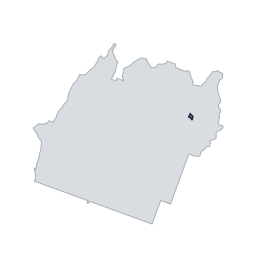 Al Wihda, Southern Darfur, Sudan shown in context, rotated 200°
{"feature_id": "16777658B17164908055521", "entity_name": "Al Wihda", "entity_type": "district", "adm_level": 2, "iso_a3": "SDN", "parent_name": "Sudan", "parent_adm1": "Southern Darfur", "projection": "natural_earth1", "projection_center": [24.982, 12.873], "detail": "fine", "context": "in_parent", "style": "filled", "palette": "slate", "viewbox_px": 256, "rotation_deg": 200, "n_neighbors": 0, "source": "geoboundaries", "source_scale": "gbopen_adm2", "svg_char_len": 4121}
<svg xmlns="http://www.w3.org/2000/svg" viewBox="0 0 256 256"><g transform="rotate(200 128 128)"><path d="M170.1,202.6L168.1,202.6L167.9,202.1L167.9,200.6L168.1,199.4L168.9,197.6L168.7,196.7L168.8,195.2L168.2,193.7L163.4,189.0L162.5,187.8L159.9,186.6L160.3,185.3L159.2,175.9L159.7,174.8L159.8,173.1L159.8,171.7L160.4,169.3L160.5,168.3L155.4,168.2L155.3,169.2L155.5,170.4L155.5,170.9L148.4,170.9L151.3,174.6L151.4,176.2L151.3,178.2L151.3,179.5L151.5,180.4L152.3,182.0L152.2,182.3L152.1,182.7L147.1,187.7L146.2,189.9L145.6,191.1L144.1,193.2L139.5,198.4L138.8,198.8L135.3,199.0L134.9,199.1L134.6,199.3L131.5,196.2L126.4,192.5L123.1,194.4L122.2,195.1L122.1,196.9L121.7,197.8L120.8,198.8L118.3,199.4L117.0,200.0L115.5,201.0L114.0,202.7L113.9,203.5L114.0,204.3L105.5,204.3L104.9,203.7L103.7,200.9L102.8,201.1L95.1,200.7L93.9,201.0L91.7,202.2L90.6,202.3L89.4,201.8L85.4,196.3L84.5,195.7L83.5,194.4L82.7,193.8L82.4,193.4L82.3,192.8L82.3,191.6L82.0,190.8L81.4,190.7L75.9,191.9L75.1,191.8L73.9,192.0L73.5,192.3L73.1,193.0L73.0,194.5L72.9,195.2L72.4,196.1L70.9,197.9L70.5,198.7L70.6,200.8L70.5,201.8L70.3,202.3L69.6,203.1L69.3,203.5L69.0,206.2L68.2,207.7L68.0,208.3L67.9,209.4L67.8,209.8L65.3,210.7L64.4,211.3L63.8,212.2L63.7,212.6L62.6,212.2L61.3,212.0L58.7,211.7L57.6,211.3L57.1,210.7L57.3,209.1L57.0,208.8L56.6,208.5L56.3,207.8L56.4,207.0L57.8,205.1L58.1,204.1L58.4,199.5L58.3,198.1L57.2,195.5L54.7,191.1L54.1,190.2L51.0,186.5L50.7,186.0L49.9,184.4L50.7,181.1L50.8,180.1L50.6,179.1L49.8,178.4L49.1,178.3L48.2,177.4L47.6,177.0L47.1,176.2L46.7,175.1L47.0,171.1L46.8,170.6L46.0,170.4L45.8,170.1L45.8,169.4L45.4,167.1L44.9,165.2L45.2,164.2L44.5,162.7L43.3,162.1L40.8,162.6L40.0,162.5L39.5,162.2L39.1,161.7L38.9,161.1L39.1,160.2L39.8,158.5L40.7,157.1L42.5,155.8L43.0,155.1L43.2,154.4L43.3,153.5L43.2,152.6L43.0,151.8L42.4,150.7L42.0,149.4L41.9,148.5L42.2,147.9L42.7,147.1L44.4,145.7L46.3,144.4L46.6,144.0L46.5,143.5L45.6,142.5L45.4,140.5L44.9,139.1L45.8,138.1L46.5,137.7L47.6,137.4L48.0,137.0L48.1,136.2L48.1,135.4L48.5,134.8L49.0,133.5L49.4,133.0L50.8,131.5L51.1,130.6L51.2,129.6L50.8,126.9L51.6,125.7L52.7,124.8L54.1,124.8L56.4,124.6L58.0,124.2L59.1,124.2L61.6,124.7L61.9,124.5L62.0,123.8L62.0,71.1L72.5,71.1L72.6,46.0L138.1,46.0L138.7,46.0L139.7,43.6L140.1,43.4L140.8,43.6L141.0,44.1L140.5,46.0L197.7,46.0L197.9,48.9L198.4,51.2L200.1,54.4L201.5,56.2L202.0,57.1L202.1,57.6L202.0,58.0L201.6,57.5L200.9,57.2L200.8,58.7L201.2,61.9L201.8,64.1L201.5,66.1L201.6,69.5L202.4,73.6L202.3,76.3L203.6,82.4L204.8,85.8L205.5,86.6L206.2,87.1L207.6,87.4L209.7,89.1L211.3,90.9L211.9,91.9L212.7,92.9L213.2,92.7L213.6,92.5L214.1,93.3L216.7,95.1L217.1,96.0L216.2,96.8L215.2,98.2L214.7,99.6L214.4,100.0L213.6,100.8L213.4,101.2L213.1,101.5L212.7,101.5L211.8,102.0L211.0,101.8L210.2,102.1L209.9,102.4L209.3,102.7L208.5,102.8L207.1,103.9L206.0,104.5L205.6,104.9L205.0,107.2L204.6,107.8L202.9,107.8L202.0,108.0L200.9,107.8L200.3,107.8L200.2,108.3L200.0,110.2L200.1,111.0L199.1,113.2L199.5,117.3L198.6,120.4L198.5,121.1L197.6,123.5L197.1,124.5L195.9,129.0L195.5,130.4L194.5,131.9L195.7,142.8L194.9,146.2L194.9,148.0L194.4,150.7L193.9,151.9L193.2,153.4L192.5,155.1L192.0,157.3L191.7,161.5L191.5,161.9L188.4,162.4L187.5,162.7L186.8,163.2L186.0,164.3L184.5,167.2L183.7,169.0L182.4,171.5L181.0,173.3L180.7,174.1L180.4,175.7L179.9,178.2L179.4,180.0L179.5,181.4L179.1,183.9L179.1,185.1L178.6,185.8L177.9,186.5L177.4,186.6L175.3,184.9L173.8,186.1L172.9,187.7L172.1,189.3L172.6,192.8L172.6,193.5L172.4,194.4L171.0,197.7L170.6,199.3L170.1,202.0L170.1,202.6Z" fill="#d9dde1" stroke="#a8b0b8" stroke-width="1"/><path d="M72.2,158.6L72.1,158.4L71.9,158.3L71.6,158.2L71.4,158.1L71.2,158.0L71.1,157.9L70.9,157.8L70.9,157.7L70.7,157.7L70.6,158.1L70.6,159.0L70.9,160.6L70.9,161.0L71.4,161.2L71.7,161.4L72.6,161.8L73.2,162.1L73.8,162.3L74.4,162.6L74.4,162.3L74.4,161.8L74.6,161.5L74.6,160.9L74.8,160.4L74.6,159.9L74.6,159.6L74.4,159.2L74.5,159.0L74.5,158.9L74.4,158.9L74.3,159.0L74.2,159.0L73.8,159.2L73.7,159.2L73.4,159.2L73.2,159.1L72.9,159.1L72.6,159.1L72.5,158.9L72.4,158.8L72.3,158.7L72.2,158.6L72.2,158.6Z" fill="#64748b" stroke="#1e293b" stroke-width="1.5"/></g></svg>